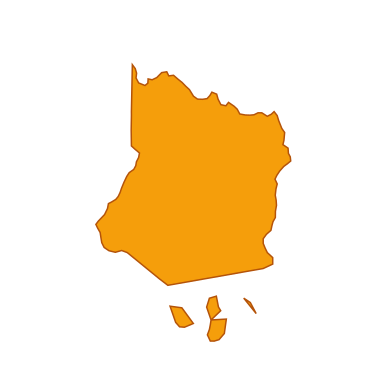 Arauá, Sergipe, Brazil, rotated 308°
{"feature_id": "56859067B83486111429480", "entity_name": "Arauá", "entity_type": "district", "adm_level": 2, "iso_a3": "BRA", "parent_name": "Brazil", "parent_adm1": "Sergipe", "projection": "albers", "projection_center": [-37.59, -11.261], "detail": "fine", "context": "isolated", "style": "filled", "palette": "amber", "viewbox_px": 384, "rotation_deg": 308, "n_neighbors": 0, "source": "geoboundaries", "source_scale": "gbopen_adm2", "svg_char_len": 1787}
<svg xmlns="http://www.w3.org/2000/svg" viewBox="0 0 384 384"><g transform="rotate(308 192 192)"><path d="M285.7,240.7L285.3,234.5L289.4,232.6L295.9,228.4L297.4,223.6L301.6,216.4L304.7,212.0L305.9,207.2L302.1,206.6L298.0,204.7L297.4,198.3L295.1,195.3L291.0,193.3L288.2,190.3L285.5,186.6L282.9,181.6L285.1,176.6L285.5,172.3L285.1,165.6L280.8,165.6L278.6,161.0L281.2,155.4L284.3,151.2L282.9,146.2L279.0,146.7L274.9,146.4L271.6,143.3L268.6,139.2L268.4,134.2L271.1,126.9L271.5,121.9L272.2,116.9L272.3,111.3L272.6,105.6L269.2,102.2L271.2,98.1L267.4,94.6L260.5,93.8L255.9,91.5L254.1,87.8L250.6,90.2L247.0,89.4L245.1,82.8L247.4,77.7L251.5,75.2L254.3,71.3L255.6,66.6L218.0,94.8L215.1,97.1L203.3,106.0L191.0,115.9L190.6,120.8L190.4,126.6L186.3,128.7L181.6,129.6L178.1,131.5L173.9,132.2L168.6,130.6L164.1,131.0L157.5,132.5L151.4,134.2L147.5,135.6L143.1,136.6L139.2,136.5L134.7,134.8L131.4,133.3L126.9,135.6L120.4,137.0L111.4,136.1L107.3,136.2L105.5,139.8L103.5,144.6L99.8,148.5L96.5,152.1L94.2,156.9L94.6,162.7L97.3,168.7L102.6,172.6L104.4,178.3L103.5,219.9L103.6,230.4L162.0,283.0L175.5,295.2L184.9,300.0L190.0,296.0L190.6,288.7L192.9,284.0L195.3,279.8L199.0,276.9L204.5,276.7L210.4,277.8L214.7,275.7L218.5,274.1L223.2,273.4L228.2,269.6L233.5,266.8L237.3,263.4L240.7,259.6L246.1,256.3L250.8,254.2L253.2,249.5L257.4,248.6L262.6,248.2L268.7,248.6L273.5,249.9L277.2,250.7L280.2,247.8L281.8,244.2L285.7,240.7ZM102.9,285.8L98.6,288.2L94.5,290.3L88.9,292.1L85.8,298.2L88.2,301.3L92.3,304.2L100.4,304.6L113.0,297.3L102.9,285.8ZM89.2,274.0L94.5,255.3L88.5,245.0L79.2,259.4L78.1,265.2L80.8,269.3L89.2,274.0ZM102.9,285.8L116.1,287.7L117.7,283.6L124.9,275.3L119.0,271.1L110.3,274.4L102.9,285.8ZM135.7,317.4L140.8,306.0L140.2,298.1L135.7,317.4Z" fill="#f59e0b" stroke="#b45309" stroke-width="1.5"/></g></svg>